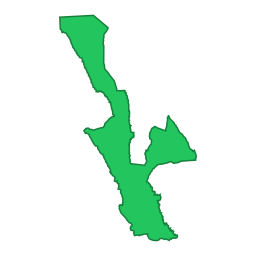 the district of Kitui Rural, Eastern, Kenya
{"feature_id": "3690345B8782427737819", "entity_name": "Kitui Rural", "entity_type": "district", "adm_level": 2, "iso_a3": "KEN", "parent_name": "Kenya", "parent_adm1": "Eastern", "projection": "robinson", "projection_center": [37.883, -1.488], "detail": "fine", "context": "isolated", "style": "filled", "palette": "green", "viewbox_px": 256, "rotation_deg": 0, "n_neighbors": 0, "source": "geoboundaries", "source_scale": "gbopen_adm2", "svg_char_len": 5934}
<svg xmlns="http://www.w3.org/2000/svg" viewBox="0 0 256 256"><path d="M126.1,92.8L125.4,92.7L124.6,91.9L125.2,91.0L124.3,90.4L120.6,90.8L116.7,90.6L116.7,88.8L114.2,80.8L109.5,74.9L107.9,72.4L105.1,69.5L104.8,68.7L104.4,65.6L103.7,62.7L103.8,45.6L103.1,43.8L103.2,42.1L103.6,40.7L103.4,39.2L103.9,37.5L103.8,35.0L104.1,34.2L105.9,32.0L107.5,29.5L108.1,27.8L107.8,27.5L93.4,15.4L59.8,17.2L60.3,29.3L61.3,29.8L61.8,31.0L61.8,32.0L62.3,32.6L63.5,32.0L63.9,32.5L65.9,33.1L67.1,34.4L67.2,35.3L69.2,37.8L70.2,39.8L71.5,43.8L72.4,45.3L73.0,47.7L74.2,48.5L74.7,50.4L75.8,51.3L76.4,52.8L77.0,53.0L76.8,53.6L77.3,54.5L79.2,56.5L79.4,57.2L79.9,57.7L81.4,57.9L82.2,59.1L82.6,59.9L82.3,60.9L83.0,61.4L82.6,61.8L83.6,62.0L83.8,64.4L84.7,66.6L84.5,67.3L84.9,68.0L85.5,68.0L85.8,68.3L85.8,69.0L87.0,71.1L87.3,72.9L88.5,73.4L88.5,75.7L89.4,75.9L89.4,76.8L89.9,77.5L90.5,79.4L91.3,79.8L91.0,80.7L91.4,81.5L91.1,82.2L91.6,82.5L93.1,86.0L93.2,87.4L94.5,87.7L94.9,89.2L96.0,89.8L96.4,90.8L96.1,91.6L97.3,91.9L98.0,91.7L98.4,91.2L98.8,91.8L99.8,91.2L101.2,91.2L101.3,91.9L101.9,91.8L103.1,92.8L103.7,92.7L105.0,95.9L105.7,95.7L106.1,96.9L107.1,96.8L107.6,98.7L107.9,98.7L108.9,100.3L109.4,101.6L109.2,102.5L109.4,102.6L110.2,102.0L110.7,102.1L110.8,104.5L111.7,108.2L111.5,108.7L112.1,109.3L112.1,110.3L112.7,111.0L112.5,111.7L112.9,113.1L112.7,114.3L113.2,114.5L113.4,115.0L114.0,115.2L113.6,115.7L114.3,116.3L114.2,116.5L111.7,116.9L109.1,119.0L106.9,121.7L105.0,123.3L104.6,125.3L103.2,127.5L100.2,128.0L93.2,130.2L91.8,129.5L89.8,129.3L88.3,128.1L87.0,128.2L85.6,128.8L84.0,130.6L85.5,133.4L86.8,133.2L88.6,134.1L90.2,137.5L91.1,138.0L91.2,139.2L93.6,143.5L95.6,146.0L97.0,146.0L97.5,146.3L97.8,148.5L98.4,149.6L99.3,150.6L99.9,152.3L101.3,153.8L102.9,154.4L102.9,155.2L103.8,156.4L103.7,157.3L105.5,160.3L105.8,162.0L106.6,162.5L106.9,163.6L107.6,164.5L107.9,166.2L108.7,166.4L109.0,167.6L109.8,168.5L110.5,170.5L109.9,172.0L111.1,172.4L110.8,173.6L111.7,173.9L112.1,174.9L113.0,175.8L114.7,176.8L115.1,178.2L114.5,179.7L114.4,181.0L115.7,181.6L117.1,181.2L117.0,182.1L117.5,183.4L118.7,183.6L118.5,184.9L118.9,186.3L118.1,189.1L120.0,189.3L120.6,189.9L120.6,192.9L121.9,194.8L122.0,196.3L122.5,197.4L122.9,199.2L122.8,200.6L123.2,201.4L122.7,202.4L122.6,203.4L122.9,204.0L122.3,204.3L122.5,204.8L122.1,205.4L121.8,205.6L120.9,204.9L119.6,205.0L119.1,206.3L119.5,207.4L119.2,208.4L121.0,212.9L126.2,218.6L126.7,219.7L129.3,222.8L130.8,223.2L132.2,224.7L132.2,225.6L130.9,226.2L130.3,228.3L131.0,230.4L132.4,230.3L134.2,231.3L134.3,231.8L133.7,233.0L134.5,235.6L137.6,235.0L139.6,235.6L140.9,234.6L141.7,235.0L143.9,234.1L147.7,234.0L147.4,234.6L147.5,235.5L149.3,238.8L152.7,240.2L155.8,240.6L157.5,240.5L159.2,239.7L159.7,238.8L160.2,238.6L162.1,238.4L164.2,239.4L166.2,239.0L169.2,240.4L170.6,238.6L171.3,239.1L171.7,238.5L173.0,238.1L176.1,238.1L177.4,236.9L177.5,235.9L177.1,235.0L175.7,235.5L175.1,234.4L174.2,234.9L173.9,234.0L173.2,233.5L173.5,231.5L172.4,231.7L172.2,231.4L172.5,230.6L171.6,230.9L171.2,229.9L170.8,230.1L171.0,230.7L170.3,230.8L169.8,230.0L170.4,228.1L168.9,228.4L168.3,226.9L168.5,225.7L168.0,225.8L167.0,224.6L166.5,223.0L166.2,223.0L165.9,224.4L165.0,224.7L165.4,223.5L163.8,223.4L163.8,222.5L163.1,221.0L163.5,220.1L163.1,219.6L162.4,219.5L162.9,218.0L162.9,217.2L162.3,217.3L162.2,217.0L162.6,216.2L161.9,215.4L161.1,213.2L161.4,212.8L160.3,212.5L159.6,211.8L160.0,211.3L160.2,210.4L159.7,210.1L159.2,208.1L158.8,207.8L159.0,206.9L158.5,206.5L159.7,205.1L159.8,204.6L159.2,203.9L158.6,203.8L158.6,202.9L157.6,202.5L158.1,201.4L157.5,201.2L157.3,200.8L157.5,200.5L159.5,200.6L160.4,199.6L160.9,197.5L160.3,195.8L159.8,195.5L160.1,194.5L158.2,195.3L157.8,195.3L157.5,194.5L156.7,194.4L155.9,195.0L154.3,195.3L154.4,194.2L155.2,193.3L154.9,192.8L155.0,191.9L154.3,191.2L153.3,191.7L152.5,191.4L152.4,190.1L152.0,189.4L152.5,188.2L152.1,187.2L151.3,186.5L150.5,186.8L150.5,185.3L149.7,183.9L148.5,183.4L148.5,182.4L146.5,181.6L148.1,178.2L148.5,175.8L148.9,175.0L149.6,174.6L151.1,171.7L151.8,171.3L152.1,170.1L153.3,168.5L154.0,168.4L155.4,166.8L158.1,164.5L162.4,164.0L167.5,162.8L170.6,161.6L171.4,161.7L173.4,163.2L174.4,163.2L178.4,162.5L180.9,161.2L195.7,160.1L195.6,159.0L196.2,156.9L196.1,155.4L194.6,150.7L194.4,150.3L192.9,151.4L192.1,149.9L190.5,149.2L189.6,148.1L188.7,145.7L187.9,142.5L186.6,141.1L185.3,137.8L183.7,136.5L182.1,134.2L179.6,132.4L177.7,128.9L177.5,127.9L176.4,126.9L175.9,125.3L175.0,124.9L174.1,122.8L169.9,118.7L168.4,115.2L168.4,115.9L167.4,117.9L167.6,119.3L167.4,121.5L166.9,123.3L166.9,125.5L165.8,129.3L165.8,130.9L157.6,128.0L156.5,127.5L156.2,127.0L155.1,126.5L154.3,126.6L153.6,127.6L152.2,128.1L151.4,129.3L151.1,130.5L149.8,132.9L149.6,133.9L149.8,134.7L149.4,136.0L149.9,138.8L151.2,139.5L151.6,140.4L151.2,144.3L150.3,144.9L148.7,147.4L148.0,149.0L147.7,150.5L146.4,150.1L145.9,150.3L146.0,150.8L146.4,151.2L145.3,152.3L145.5,153.2L144.9,153.8L145.8,156.3L146.0,157.1L145.7,158.1L146.4,159.9L146.6,161.9L144.6,165.3L130.6,163.7L130.2,162.7L130.4,161.9L129.8,161.3L130.2,160.2L129.7,158.7L129.7,157.5L129.3,156.9L130.1,155.7L129.6,155.1L129.6,154.3L129.0,153.5L129.5,152.6L129.1,151.4L129.3,151.0L129.4,146.8L128.9,145.9L129.5,145.0L129.0,144.3L129.4,143.9L129.2,143.0L130.2,142.5L130.0,141.3L130.3,140.6L129.9,140.1L130.7,138.7L131.1,138.5L131.3,138.9L131.6,138.2L132.2,138.0L132.3,137.4L133.1,137.6L133.9,136.9L133.5,135.9L134.0,135.1L133.5,134.6L133.4,133.2L134.0,132.8L133.9,132.5L131.3,132.2L130.6,131.7L130.8,131.2L130.5,130.4L130.8,129.7L130.0,127.8L130.4,127.2L130.2,126.5L130.9,125.7L129.9,125.4L129.9,124.7L129.4,124.5L129.5,122.8L128.9,121.4L128.9,120.8L129.5,120.2L129.1,119.7L128.8,117.9L129.5,117.1L128.8,116.2L129.5,115.4L129.3,114.3L129.6,113.4L129.3,110.8L128.9,111.0L128.7,110.5L128.8,105.6L128.6,103.9L128.1,102.7L128.3,102.2L128.2,99.9L127.1,98.2L127.5,97.6L127.0,96.4L127.0,95.5L126.3,95.3L126.1,92.8Z" fill="#22c55e" stroke="#15803d" stroke-width="1.5"/></svg>